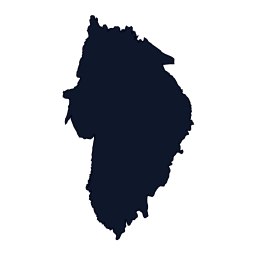 Sephokong, Leribe, Lesotho, rotated 181°
{"feature_id": "5366337B15377139877013", "entity_name": "Sephokong", "entity_type": "district", "adm_level": 2, "iso_a3": "LSO", "parent_name": "Lesotho", "parent_adm1": "Leribe", "projection": "equal_earth", "projection_center": [28.145, -28.812], "detail": "fine", "context": "isolated", "style": "filled", "palette": "ink", "viewbox_px": 256, "rotation_deg": 181, "n_neighbors": 0, "source": "geoboundaries", "source_scale": "gbopen_adm2", "svg_char_len": 5841}
<svg xmlns="http://www.w3.org/2000/svg" viewBox="0 0 256 256"><g transform="rotate(181 128 128)"><path d="M170.1,224.9L168.9,222.6L168.3,219.1L168.7,217.7L170.2,216.5L170.3,215.6L171.2,215.5L171.0,214.2L172.6,212.7L172.4,211.7L171.8,211.3L173.7,209.0L174.3,207.2L174.3,205.4L174.1,204.1L174.5,202.4L173.9,201.4L174.7,200.0L174.5,198.1L174.7,197.0L175.7,197.0L177.2,193.4L177.2,190.5L177.8,189.3L178.7,186.1L178.8,184.5L179.5,183.6L179.7,182.5L179.9,179.3L179.2,178.3L176.8,178.0L176.1,177.3L176.1,176.3L178.7,171.8L178.2,170.9L180.1,168.3L181.9,167.6L182.3,166.2L184.2,165.6L185.8,165.4L187.1,164.7L188.8,164.9L190.8,163.7L191.7,162.8L192.7,163.2L193.1,162.2L192.5,161.1L193.1,159.5L193.1,158.2L191.8,157.3L190.6,156.9L188.3,156.9L187.3,156.4L186.5,155.1L186.5,151.2L186.9,149.3L187.5,148.9L187.7,148.0L187.1,146.3L187.5,145.5L188.5,140.5L189.6,137.2L190.2,136.3L190.6,133.3L190.4,131.5L189.6,132.2L189.4,133.1L188.1,135.5L187.3,136.0L185.9,138.4L184.9,139.2L184.7,135.9L181.7,128.4L178.6,123.3L178.0,121.3L176.1,118.3L173.4,118.3L171.6,116.8L170.6,116.8L170.0,117.3L169.1,117.3L165.4,116.7L163.8,117.8L162.3,120.2L161.4,120.4L161.4,119.0L160.9,117.1L161.6,114.0L162.1,109.9L162.7,107.3L162.5,106.5L162.7,103.9L163.3,100.6L163.0,99.3L162.8,97.3L163.3,96.6L163.4,95.6L163.8,95.2L163.3,94.7L163.0,93.8L162.9,92.9L163.5,90.1L162.9,88.6L163.3,87.8L163.8,87.5L163.2,85.6L163.9,83.6L163.1,83.3L163.9,82.4L163.7,81.0L164.0,81.1L164.9,80.5L164.4,80.1L165.1,78.9L164.7,78.4L165.2,77.3L164.9,77.2L164.9,75.8L165.4,75.9L165.8,75.1L166.3,74.9L165.6,73.8L165.4,73.9L165.5,74.4L165.0,74.6L164.9,74.4L165.8,72.8L166.0,72.9L165.9,73.4L166.1,73.8L166.4,73.8L166.3,73.4L166.5,73.0L165.7,72.3L166.2,71.7L165.6,70.5L166.3,69.4L166.5,69.6L166.3,70.1L166.4,70.8L167.3,70.3L167.5,70.7L167.8,70.6L167.9,69.5L168.4,68.9L168.0,68.1L168.1,67.7L168.5,67.6L168.4,66.6L168.1,66.1L167.3,65.6L165.9,65.3L165.2,63.7L164.9,63.8L164.2,64.6L163.9,64.2L163.9,62.0L164.4,60.8L165.0,60.0L165.1,58.7L164.4,57.3L164.9,56.9L165.1,56.2L163.7,55.2L162.5,54.7L163.3,52.8L162.9,51.0L161.8,48.4L160.9,48.0L160.9,47.7L160.3,47.4L160.2,46.4L160.3,45.6L159.9,45.4L159.8,44.1L159.2,42.8L158.8,42.6L158.4,41.5L157.2,41.0L157.5,39.3L156.7,38.7L156.4,37.9L156.8,36.3L155.9,35.6L154.3,33.7L153.7,34.0L152.9,33.8L151.4,31.8L151.0,31.9L150.8,32.5L150.3,32.8L150.0,32.4L149.6,30.3L149.1,29.7L148.4,29.8L148.1,29.2L148.1,28.6L147.6,27.9L145.7,27.4L144.5,28.1L144.3,27.6L144.5,27.0L143.9,26.1L141.6,27.3L140.6,27.1L140.7,25.6L140.3,23.9L138.0,21.8L137.4,20.9L137.2,19.4L137.7,17.5L137.7,16.8L137.4,16.5L136.6,16.5L135.1,17.7L133.0,22.7L130.2,24.3L129.8,24.9L130.2,27.7L128.8,29.6L128.8,30.4L129.3,31.7L128.9,33.2L129.3,34.9L129.2,35.8L129.0,36.0L128.6,36.0L127.5,34.8L126.0,31.2L125.4,31.0L124.9,31.3L124.3,32.0L123.9,33.1L122.8,34.8L122.3,36.6L121.5,36.9L120.1,36.7L118.9,38.2L117.7,39.1L117.3,39.7L117.4,41.1L118.7,43.6L118.8,44.2L118.1,45.5L116.3,46.0L115.6,46.8L114.1,45.4L112.7,44.7L111.6,43.4L110.7,40.2L109.8,38.9L108.8,38.9L108.4,39.5L107.0,40.2L106.8,41.1L107.2,42.0L107.4,44.1L108.0,45.2L107.3,48.1L107.3,50.8L108.1,53.9L108.2,57.2L108.1,59.6L107.7,60.6L106.8,61.2L102.7,60.2L102.1,60.5L101.4,61.3L100.6,63.6L100.6,64.1L98.5,67.6L96.9,69.6L95.4,70.8L94.7,71.1L91.3,70.8L90.9,71.4L90.7,72.5L89.4,73.6L88.8,74.5L88.1,76.8L86.7,79.9L86.6,83.2L85.5,85.6L85.6,87.0L87.1,90.2L86.8,91.2L83.8,92.4L83.7,92.9L84.4,93.4L84.9,94.7L84.4,95.6L83.7,95.9L82.8,96.8L82.6,99.7L82.0,101.0L80.4,102.5L79.0,104.8L77.3,105.1L76.2,104.8L74.2,103.6L73.4,104.0L73.1,104.6L72.9,105.6L73.3,106.5L75.4,105.7L75.8,105.8L76.0,106.2L75.8,110.2L76.9,113.3L75.6,114.0L74.0,117.2L71.9,118.7L70.8,121.4L69.5,122.5L67.7,122.9L67.7,123.5L68.3,124.7L69.4,126.1L69.1,126.6L68.2,127.1L66.3,126.9L65.8,127.2L65.5,127.8L65.7,130.6L65.5,132.1L64.1,133.0L62.9,133.1L63.4,134.4L64.3,135.2L64.2,135.7L64.4,136.2L65.0,136.7L66.2,136.7L66.6,137.6L65.9,139.1L66.1,139.9L65.4,142.0L65.8,142.8L66.0,144.1L65.6,144.6L65.7,145.5L65.1,145.9L65.8,147.7L65.4,148.9L65.9,149.5L65.8,150.5L66.2,150.3L66.3,150.5L65.8,151.8L66.5,152.3L66.4,152.8L66.8,153.6L66.6,154.2L68.3,158.0L69.1,159.1L70.6,160.4L71.1,161.3L71.8,162.1L72.9,162.4L73.3,162.3L74.1,163.0L74.9,164.2L75.0,165.4L74.5,165.8L75.0,166.5L74.9,166.9L75.3,166.9L75.7,166.5L76.0,166.7L76.8,168.8L76.8,169.3L78.7,170.9L80.1,173.1L80.3,173.9L82.6,177.9L84.3,179.2L84.4,180.0L84.8,180.4L85.5,180.5L85.9,181.0L86.7,181.3L87.3,181.2L88.1,183.2L89.7,184.0L90.4,184.8L90.8,184.6L91.7,185.3L92.6,186.2L94.5,190.5L94.7,192.3L87.6,193.2L83.5,193.3L83.7,194.9L83.5,197.6L84.8,198.8L86.7,199.8L92.7,202.2L96.0,204.1L97.1,205.6L105.8,211.6L106.6,212.5L108.9,213.9L109.8,214.7L110.4,216.0L111.5,217.1L113.0,218.0L113.3,215.6L114.6,214.3L116.2,215.0L116.6,216.0L117.4,216.4L117.9,215.6L118.2,214.4L118.9,214.0L119.4,215.3L121.7,216.6L120.2,219.7L122.2,219.0L122.9,218.0L122.8,219.6L121.8,220.9L122.6,222.7L122.8,223.8L123.4,223.8L123.9,224.6L124.6,224.5L125.4,223.1L125.8,226.9L125.6,228.1L126.5,229.2L128.8,227.9L131.3,229.5L131.9,228.1L131.9,227.2L132.9,225.2L133.6,224.7L134.0,226.0L134.3,225.7L134.3,225.1L134.6,225.7L135.3,225.9L135.3,225.6L137.0,224.0L137.4,224.0L138.3,225.6L138.3,227.3L138.6,227.9L139.8,228.6L139.9,228.9L141.7,228.4L141.9,228.8L142.9,228.7L143.4,227.8L144.1,227.1L144.8,227.0L145.0,226.6L146.5,227.1L147.1,226.8L147.4,226.9L149.1,226.0L149.3,225.0L149.5,224.8L149.9,226.2L150.6,226.6L150.8,228.0L152.2,230.3L152.5,230.5L153.9,230.2L154.6,228.8L154.6,227.7L154.9,227.2L156.1,227.4L156.4,228.2L157.5,228.4L158.4,229.1L159.3,230.3L159.9,231.9L160.6,232.8L160.8,234.3L160.6,235.3L160.7,236.6L161.5,237.1L162.2,235.9L163.4,235.9L163.6,236.2L163.5,237.7L164.0,239.0L164.5,239.3L166.1,239.5L167.0,238.8L166.8,236.5L167.6,235.6L167.8,235.0L167.0,231.3L166.9,230.2L167.3,229.7L168.9,228.5L169.5,226.8L169.3,225.8L170.1,224.9Z" fill="#0f172a" stroke="#020617" stroke-width="1.5"/></g></svg>